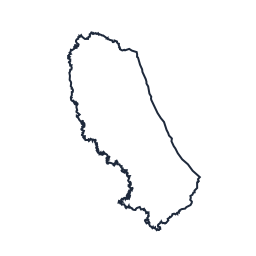 the district of Phu Kamyao, Phayao, Thailand, rotated 151°
{"feature_id": "78962969B43873675128191", "entity_name": "Phu Kamyao", "entity_type": "district", "adm_level": 2, "iso_a3": "THA", "parent_name": "Thailand", "parent_adm1": "Phayao", "projection": "robinson", "projection_center": [99.99, 19.32], "detail": "fine", "context": "isolated", "style": "outline", "palette": "slate", "viewbox_px": 256, "rotation_deg": 151, "n_neighbors": 0, "source": "geoboundaries", "source_scale": "gbopen_adm2", "svg_char_len": 5891}
<svg xmlns="http://www.w3.org/2000/svg" viewBox="0 0 256 256"><g transform="rotate(151 128 128)"><path d="M155.6,30.6L155.2,28.8L154.6,29.1L154.8,28.6L153.9,28.7L153.6,27.8L152.6,27.9L153.0,27.1L152.4,26.0L152.4,24.9L151.2,25.1L151.0,24.1L150.2,23.8L149.5,24.4L148.7,24.1L148.1,25.5L148.2,26.1L149.5,27.0L149.2,28.1L148.5,28.8L145.9,29.3L145.3,29.8L144.7,29.4L144.2,29.9L144.2,28.8L143.7,27.9L142.8,27.7L142.0,26.6L141.4,26.9L140.8,26.5L137.5,27.7L137.3,29.3L135.2,29.4L134.5,29.9L134.1,29.4L133.0,29.6L131.8,30.1L130.9,31.1L129.2,30.7L128.3,29.4L126.4,29.9L126.3,29.3L126.0,29.8L124.8,29.8L124.5,29.4L123.9,30.4L123.2,30.3L123.0,30.9L122.3,31.0L120.4,31.0L117.1,29.8L115.3,30.5L110.7,30.3L108.6,31.6L107.8,32.7L108.4,35.0L106.9,36.5L106.4,38.3L104.0,38.4L102.2,39.8L100.9,39.4L100.2,41.0L96.6,42.0L94.1,46.6L93.1,46.7L93.0,47.4L91.9,47.3L91.6,49.3L89.0,50.2L92.2,59.3L93.2,67.2L95.8,74.3L96.7,81.8L96.5,87.2L96.8,89.9L96.4,95.3L94.7,97.6L95.8,101.5L95.3,104.3L95.2,107.6L93.6,115.8L94.5,120.7L94.9,126.8L94.0,141.3L93.6,142.6L92.5,144.1L92.6,147.7L90.2,154.6L90.3,157.9L89.4,159.6L88.8,162.1L88.2,170.0L87.2,172.5L86.8,177.5L85.1,184.8L85.6,185.8L84.3,188.0L83.6,190.2L87.1,193.8L88.6,196.6L93.0,197.4L93.4,198.2L95.2,198.5L95.8,199.1L96.8,200.8L96.3,201.6L96.7,202.6L96.1,202.9L96.1,204.5L95.2,206.0L95.7,206.3L96.2,208.3L95.7,209.0L97.2,210.8L97.4,210.3L98.8,210.2L98.9,210.6L99.6,210.7L99.4,212.2L101.4,214.1L102.1,215.5L102.5,215.5L102.8,216.3L102.4,216.7L103.3,216.8L103.1,217.2L104.9,221.0L105.8,221.4L106.0,222.1L107.3,223.5L108.3,223.7L108.4,224.1L107.9,223.8L107.8,224.2L108.6,224.8L108.4,225.4L109.7,225.4L110.2,226.6L111.1,226.5L111.6,227.1L112.4,227.1L112.4,227.8L113.3,227.7L113.4,229.2L113.9,229.3L114.6,228.6L116.1,228.5L116.5,227.1L117.3,226.9L117.3,226.5L118.6,226.7L119.8,225.3L120.4,225.7L120.7,226.4L121.5,226.2L122.6,226.9L124.0,230.3L124.0,231.9L125.2,231.5L125.8,232.2L126.2,231.1L127.4,231.6L128.3,230.1L129.8,230.4L131.0,229.7L131.6,228.8L131.6,227.2L130.7,225.1L131.9,223.8L133.1,223.7L133.1,225.4L134.0,226.1L135.0,224.9L134.5,224.2L134.5,223.2L135.2,223.5L135.4,224.4L135.8,224.8L136.7,223.4L139.1,223.2L140.0,224.1L141.2,222.5L142.5,222.2L142.1,220.5L144.0,220.7L144.6,219.9L145.4,220.1L145.7,219.4L144.6,218.4L145.3,218.1L146.2,218.5L146.5,218.3L146.6,217.8L145.2,216.0L146.3,214.2L147.3,214.5L147.8,214.2L147.5,212.5L148.3,210.7L147.0,210.3L147.8,209.2L148.0,207.9L149.2,206.6L150.3,207.0L151.5,205.3L152.5,204.8L153.5,201.7L155.7,198.4L155.6,195.9L155.9,194.9L157.8,192.3L157.5,190.5L158.3,189.7L157.6,188.7L157.9,187.6L158.8,186.4L159.7,186.7L161.2,183.9L162.9,182.7L162.6,181.9L163.5,181.7L164.1,180.2L163.6,178.6L162.6,178.4L162.8,177.3L162.0,177.0L162.2,176.4L162.9,176.2L162.9,175.6L161.0,175.8L161.1,175.1L162.0,174.6L162.7,174.9L162.8,174.5L162.2,173.8L160.5,174.4L160.3,174.0L160.6,173.2L162.3,172.4L163.1,171.1L163.8,168.2L164.7,167.9L165.3,167.1L163.8,163.2L166.1,162.6L166.8,163.6L167.3,162.8L166.5,160.5L166.7,159.0L166.1,156.2L164.5,156.3L164.1,155.9L164.6,155.1L166.3,154.8L166.4,154.0L165.8,153.3L165.0,153.8L164.1,153.7L164.0,153.1L164.4,152.1L166.0,152.6L166.0,151.9L165.0,151.1L165.6,150.3L166.8,150.3L167.6,151.0L168.1,149.8L169.4,149.6L169.4,148.9L167.9,146.9L168.9,146.0L170.0,146.0L170.0,144.8L171.4,144.6L171.7,144.2L171.0,142.4L169.7,141.8L170.1,141.1L171.6,141.2L171.4,139.9L170.8,139.6L171.1,138.1L168.5,136.8L168.5,135.6L167.8,135.8L167.5,136.9L166.8,136.1L165.9,136.6L165.0,135.0L165.2,134.0L164.1,134.8L163.0,133.6L162.2,133.4L162.2,133.0L163.7,131.9L163.4,131.3L163.7,130.3L162.6,129.8L163.1,128.5L164.1,128.5L163.8,126.9L164.7,126.8L165.4,126.2L165.5,124.5L165.0,124.2L164.4,124.6L164.4,124.3L165.5,123.2L166.2,123.2L166.1,122.8L165.1,123.1L164.8,122.8L165.2,121.9L166.2,121.8L166.1,120.7L165.3,120.3L165.6,119.2L163.6,119.9L163.8,118.4L164.4,118.7L164.6,118.2L163.3,116.9L162.4,117.0L162.4,118.7L161.0,119.1L160.6,117.5L160.9,116.7L159.9,116.0L159.3,114.7L159.6,112.1L158.5,112.2L158.3,111.8L159.4,110.9L160.8,112.3L161.5,112.1L161.9,110.6L161.0,109.6L162.7,109.6L162.9,108.7L162.5,108.2L163.4,107.9L163.3,106.9L162.6,106.5L161.3,106.9L159.8,105.6L158.4,103.8L158.7,102.8L158.3,101.9L157.0,102.5L157.0,103.4L156.7,103.7L155.1,103.2L154.8,103.5L154.9,104.9L153.8,104.9L153.8,102.9L154.9,102.1L155.0,101.5L153.1,100.3L153.2,98.9L152.1,97.7L153.0,97.0L152.7,95.6L152.3,95.3L153.2,94.2L154.2,94.0L154.3,93.1L152.8,90.9L151.6,93.0L151.2,92.5L151.8,91.1L151.4,91.2L150.5,92.2L149.6,91.7L150.3,90.9L150.8,91.3L151.1,91.0L151.0,89.3L150.2,89.0L150.2,88.6L150.5,88.3L151.3,88.5L151.8,87.0L150.6,85.5L149.8,85.1L150.4,84.7L151.5,85.1L151.1,83.8L153.4,81.9L153.1,79.4L152.2,79.5L152.2,78.7L153.5,78.1L152.8,77.5L153.1,77.0L154.0,77.2L154.7,76.8L155.3,77.5L155.7,76.9L154.9,75.9L155.4,75.3L154.9,74.6L154.8,73.5L153.7,73.6L153.2,73.4L153.3,73.0L154.3,72.2L154.9,72.4L155.1,71.8L155.9,72.7L156.6,72.1L157.4,72.6L158.0,71.5L157.2,70.8L158.7,71.5L159.0,70.9L158.8,70.5L157.8,70.3L158.7,69.4L160.4,69.5L160.7,70.2L161.8,69.5L161.8,67.4L159.6,68.2L159.1,67.8L160.0,66.8L160.9,66.9L160.9,66.2L161.5,65.6L162.2,66.8L162.9,66.4L163.3,66.9L163.8,66.9L163.1,67.7L163.3,68.1L164.0,68.0L164.8,67.3L164.7,68.3L165.1,68.7L166.4,68.5L166.9,68.0L167.6,69.0L168.7,68.6L169.0,67.3L168.7,66.1L169.9,66.6L170.0,67.3L171.2,68.6L172.4,67.3L171.2,66.7L171.3,65.7L170.5,65.1L170.5,63.9L169.4,63.8L168.3,63.0L168.5,61.8L168.1,61.0L168.7,59.8L168.5,58.9L167.8,59.2L167.6,59.9L166.6,58.6L165.0,59.6L165.3,58.6L164.7,58.2L165.1,57.4L164.1,56.8L163.3,55.6L163.5,54.7L162.5,53.5L161.2,52.7L160.1,53.5L158.8,53.7L156.0,53.2L156.1,50.4L153.3,49.6L153.9,48.6L153.0,48.3L153.0,45.7L152.3,45.2L153.2,45.2L153.4,44.7L152.5,44.5L151.3,43.5L152.0,42.6L152.4,41.2L153.0,41.3L153.2,40.6L154.7,40.1L155.0,39.1L154.6,38.0L155.2,37.5L155.2,36.7L156.6,39.1L157.4,39.3L158.1,38.7L158.0,35.6L156.0,35.3L156.3,31.5L155.6,30.6Z" fill="none" stroke="#1e293b" stroke-width="2"/></g></svg>